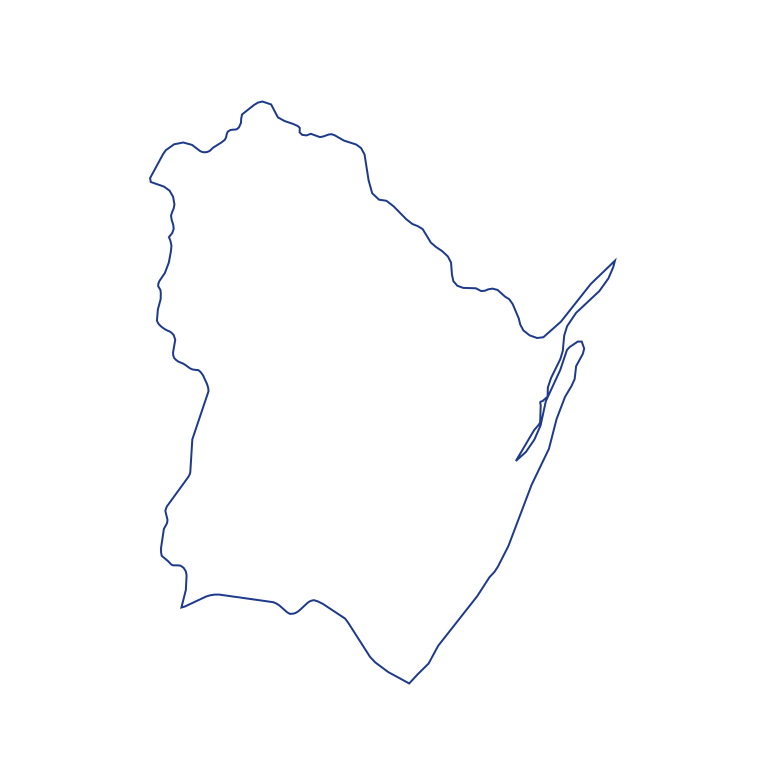 map outline of Barima-Waini (orthographic projection), rotated 80°
{"feature_id": "GUY-675", "entity_name": "Barima-Waini", "entity_type": "Region", "adm_level": 1, "iso_a3": "GUY", "parent_name": "Guyana", "parent_adm1": "", "projection": "orthographic", "projection_center": [-59.909, 7.754], "detail": "fine", "context": "isolated", "style": "outline", "palette": "blue", "viewbox_px": 768, "rotation_deg": 80, "n_neighbors": 0, "source": "natural_earth", "source_scale": "10m", "svg_char_len": 2979}
<svg xmlns="http://www.w3.org/2000/svg" viewBox="0 0 768 768"><g transform="rotate(80 384 384)"><path d="M288.2,298.1L294.8,297.8L300.0,294.7L303.1,289.3L305.7,276.9L309.3,272.2L309.7,268.6L308.9,265.1L308.9,260.6L311.1,255.8L319.0,249.6L322.2,246.0L327.6,243.4L342.9,239.9L349.2,239.5L355.5,237.4L361.4,232.1L365.3,225.2L365.6,218.9L353.3,198.9L321.4,163.0L302.7,135.2L308.8,138.0L318.9,144.6L329.8,155.7L347.3,182.5L358.8,193.6L367.5,198.1L382.5,202.2L390.2,206.1L407.0,218.4L415.8,223.2L424.9,225.1L427.7,229.9L428.2,230.5L428.7,233.0L429.9,233.5L431.8,233.3L449.0,236.9L451.3,239.0L455.3,244.0L482.7,267.5L475.6,256.1L464.9,245.6L452.0,237.0L429.0,227.6L400.8,208.0L382.2,197.9L379.7,194.5L375.9,185.9L376.6,181.9L383.9,180.7L388.9,183.0L399.8,191.7L412.3,195.4L418.4,199.6L428.2,208.0L448.4,220.1L476.4,232.8L509.0,256.2L565.1,289.6L583.6,303.5L588.1,307.7L592.6,313.7L609.2,329.1L651.2,376.1L667.0,388.6L676.0,401.6L683.3,411.2L668.3,430.0L656.6,441.0L650.2,445.2L612.7,460.8L608.2,463.1L590.0,482.3L586.6,486.9L584.7,490.6L584.8,493.0L585.3,495.3L586.4,497.5L592.2,506.5L593.4,508.8L594.2,511.2L594.4,513.6L594.0,516.7L591.8,519.2L583.9,525.5L581.4,528.2L579.7,530.8L562.7,583.1L562.0,587.4L561.9,591.8L562.4,596.1L568.6,618.9L568.9,622.3L552.4,614.9L538.5,611.7L536.1,611.6L533.8,611.8L530.4,613.2L528.7,614.7L527.6,616.0L527.0,617.6L525.9,623.3L524.9,624.8L521.1,627.3L514.7,632.7L511.3,632.8L506.9,632.1L488.4,625.9L484.0,622.3L482.0,621.3L479.8,620.8L471.1,621.4L468.6,620.2L466.8,619.0L441.4,592.7L439.3,591.1L437.3,590.1L405.3,582.4L360.7,558.1L357.6,557.8L353.3,558.3L344.1,560.7L340.4,562.5L338.1,564.4L337.7,566.2L336.4,570.1L334.9,572.3L330.8,576.3L329.0,578.3L326.2,582.7L324.2,584.6L322.0,586.1L319.4,586.6L316.4,586.3L304.2,581.9L299.4,582.6L296.8,584.2L295.1,585.9L294.0,587.7L292.4,589.8L290.4,591.9L288.3,593.8L286.1,595.3L284.3,596.1L282.1,596.6L271.2,593.7L261.6,589.2L256.1,588.1L252.7,587.8L248.5,589.4L246.2,588.9L243.7,587.4L236.6,580.5L227.0,574.8L216.0,570.7L210.8,569.3L205.6,569.5L202.0,570.3L198.4,566.2L194.7,564.2L190.7,563.9L185.7,564.6L181.2,564.5L177.9,562.8L174.7,560.7L170.9,559.2L163.0,559.2L156.4,561.6L151.4,566.4L144.6,578.6L140.6,578.6L119.2,561.6L115.9,558.3L111.5,549.1L111.3,539.8L115.2,531.5L122.6,524.7L124.0,522.6L124.7,520.3L124.8,517.8L124.2,515.2L121.5,511.1L118.0,502.4L115.9,498.4L113.7,496.7L110.9,495.6L108.4,494.1L107.2,491.1L107.3,488.5L107.6,486.5L107.5,484.7L106.2,482.4L102.0,479.5L97.7,478.5L93.9,477.0L86.8,463.9L85.0,459.4L84.7,454.7L89.1,446.6L103.0,442.2L107.8,436.2L112.1,428.3L115.1,424.0L117.2,422.5L121.6,423.4L124.5,421.2L125.7,417.2L124.9,412.6L129.7,404.3L129.7,400.9L128.7,395.0L128.9,392.3L130.4,389.5L137.3,381.2L143.4,369.7L147.7,365.6L154.6,363.3L180.7,363.8L194.1,362.5L201.6,356.9L204.0,349.8L210.8,343.6L225.7,333.4L226.9,332.3L231.4,328.2L234.5,323.2L238.2,319.0L252.9,313.3L258.2,308.9L263.1,303.8L269.4,299.0L276.0,296.9L288.2,298.1Z" fill="none" stroke="#1e3a8a" stroke-width="2"/></g></svg>